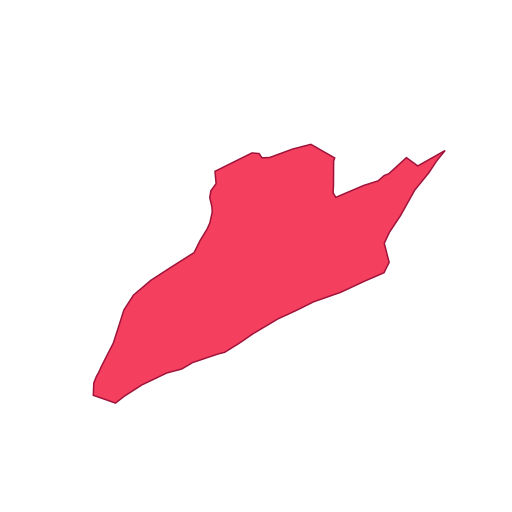 the district of Efon, Ekiti, Nigeria, rotated 232°
{"feature_id": "59680162B55690925628014", "entity_name": "Efon", "entity_type": "district", "adm_level": 2, "iso_a3": "NGA", "parent_name": "Nigeria", "parent_adm1": "Ekiti", "projection": "equal_earth", "projection_center": [4.932, 7.679], "detail": "fine", "context": "isolated", "style": "filled", "palette": "rose", "viewbox_px": 512, "rotation_deg": 232, "n_neighbors": 0, "source": "geoboundaries", "source_scale": "gbopen_adm2", "svg_char_len": 1060}
<svg xmlns="http://www.w3.org/2000/svg" viewBox="0 0 512 512"><g transform="rotate(232 256 256)"><path d="M192.1,238.1L188.0,255.6L186.2,264.6L184.4,273.3L176.6,296.4L175.3,300.2L169.4,325.8L164.0,346.6L165.9,350.4L169.0,357.0L187.1,364.9L192.1,374.9L192.6,375.9L198.9,394.8L210.2,421.7L215.2,443.6L219.5,456.3L220.3,459.4L222.7,470.0L227.4,438.9L240.9,435.1L239.1,411.3L240.5,406.5L240.0,398.6L242.8,391.0L245.3,384.3L253.1,355.0L258.3,355.6L263.4,360.1L283.1,375.7L284.8,378.4L310.2,368.0L317.6,351.1L325.3,327.2L329.7,321.2L334.8,321.5L339.7,316.3L348.0,275.8L337.6,269.1L335.2,260.6L330.5,255.5L322.0,251.6L317.5,248.5L310.5,240.0L307.4,234.2L302.6,221.4L296.8,209.3L299.4,183.0L301.6,158.0L300.6,135.3L294.8,118.7L285.9,105.7L275.2,89.9L268.3,75.0L263.8,65.4L261.2,60.6L259.3,56.0L255.8,50.0L246.4,42.0L226.6,54.7L226.6,65.9L225.9,73.3L224.7,86.6L218.8,113.5L212.6,128.2L211.1,140.3L205.4,156.6L202.1,165.9L199.4,172.0L197.4,191.2L197.0,198.6L196.6,205.6L193.2,232.6L193.0,234.3L192.1,238.1Z" fill="#f43f5e" stroke="#9f1239" stroke-width="1.5"/></g></svg>